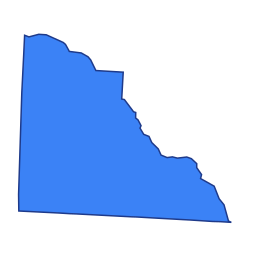 the district of Woods, Oklahoma, United States of America, rotated 183°
{"feature_id": "52423323B10893582659476", "entity_name": "Woods", "entity_type": "district", "adm_level": 2, "iso_a3": "USA", "parent_name": "United States of America", "parent_adm1": "Oklahoma", "projection": "orthographic", "projection_center": [-98.992, 36.696], "detail": "fine", "context": "isolated", "style": "filled", "palette": "blue", "viewbox_px": 256, "rotation_deg": 183, "n_neighbors": 0, "source": "geoboundaries", "source_scale": "gbopen_adm2", "svg_char_len": 862}
<svg xmlns="http://www.w3.org/2000/svg" viewBox="0 0 256 256"><g transform="rotate(183 128 128)"><path d="M57.3,92.0L57.5,96.0L63.1,100.7L67.8,102.1L77.1,100.5L82.1,101.5L87.4,100.5L93.6,102.7L96.7,108.7L103.5,114.7L106.6,120.7L112.0,122.5L116.0,128.5L115.1,131.0L118.4,136.6L120.9,138.4L121.1,143.9L123.3,144.5L133.1,156.2L135.8,156.6L135.7,183.5L163.1,183.7L168.8,194.0L171.6,197.0L178.6,200.5L190.6,201.4L194.8,208.2L197.1,210.0L214.5,216.8L222.0,216.9L231.7,213.8L236.1,215.2L236.0,196.0L235.9,157.7L233.8,56.0L232.7,39.4L193.0,39.5L192.1,39.5L182.0,39.4L175.0,39.5L174.5,39.5L173.7,39.5L156.9,39.5L154.4,39.5L127.7,39.5L126.3,39.5L119.5,39.5L114.8,39.6L97.2,39.5L96.2,39.5L68.4,39.4L61.6,39.4L38.7,39.1L31.3,39.3L19.9,39.2L22.8,40.4L28.1,56.3L33.3,62.1L38.9,74.4L52.9,81.3L52.1,85.3L57.3,92.0Z" fill="#3b82f6" stroke="#1e3a8a" stroke-width="1.5"/></g></svg>